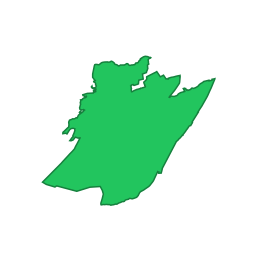 Jiutepec, Morelos, Mexico, rotated 74°
{"feature_id": "50627088B83770147300305", "entity_name": "Jiutepec", "entity_type": "district", "adm_level": 2, "iso_a3": "MEX", "parent_name": "Mexico", "parent_adm1": "Morelos", "projection": "equal_earth", "projection_center": [-99.181, 18.886], "detail": "fine", "context": "isolated", "style": "filled", "palette": "green", "viewbox_px": 256, "rotation_deg": 74, "n_neighbors": 0, "source": "geoboundaries", "source_scale": "gbopen_adm2", "svg_char_len": 5578}
<svg xmlns="http://www.w3.org/2000/svg" viewBox="0 0 256 256"><g transform="rotate(74 128 128)"><path d="M74.2,148.2L74.8,147.5L75.3,147.1L75.7,147.0L76.5,146.9L77.6,147.3L78.0,147.0L78.5,146.9L79.0,147.0L79.5,147.3L79.9,147.8L80.1,148.3L80.2,148.8L80.1,149.8L80.0,150.1L79.6,150.7L79.2,151.0L78.8,151.2L77.8,151.1L78.4,151.9L79.5,151.6L80.1,151.1L80.6,150.3L80.9,148.7L81.5,148.1L81.8,148.1L82.1,148.2L82.2,148.4L82.3,150.8L83.5,151.0L83.5,148.9L84.1,149.0L84.1,149.9L84.3,150.4L84.3,151.4L84.4,151.5L84.8,151.8L83.5,157.6L83.6,162.3L84.4,162.3L84.8,161.4L85.4,161.3L85.7,161.1L86.0,160.3L86.0,160.0L85.8,159.4L86.1,159.2L86.9,159.9L87.0,160.3L87.1,160.9L87.0,162.0L87.0,162.4L87.2,162.9L87.6,163.8L88.1,164.0L87.9,165.8L88.6,165.7L89.0,166.1L89.7,166.4L90.2,166.5L90.6,167.0L92.0,166.9L92.9,167.6L93.3,167.7L95.3,169.0L96.8,169.0L97.0,169.0L97.4,168.5L97.7,167.7L98.0,167.0L98.0,165.6L98.8,164.9L99.0,165.4L99.9,166.7L100.6,168.3L99.5,169.0L99.3,169.0L98.9,168.8L99.2,169.9L99.8,170.5L101.1,169.8L101.5,170.8L101.9,171.9L102.1,172.2L104.3,174.0L103.8,175.0L104.0,175.4L104.4,176.8L104.3,177.3L104.2,178.1L103.9,178.5L104.2,180.1L104.3,181.8L104.4,182.1L106.0,183.4L108.8,183.9L109.8,184.4L110.8,184.7L111.0,185.5L111.2,185.9L113.1,189.5L113.6,190.4L113.8,191.0L114.2,191.7L115.5,192.2L115.7,190.8L115.7,190.1L115.8,189.6L116.0,189.2L116.9,188.3L114.1,185.2L113.4,184.3L113.1,183.6L112.9,182.6L113.1,181.3L113.2,180.7L114.1,179.4L114.3,179.6L115.5,179.6L117.9,181.2L120.2,183.1L120.5,183.2L120.8,183.1L121.3,183.2L121.4,183.3L121.5,183.9L121.7,184.3L123.5,186.6L124.1,187.4L124.6,186.3L124.5,185.2L124.4,184.1L122.3,181.1L124.0,178.7L124.2,176.8L124.3,176.8L129.0,181.2L131.3,183.5L133.4,185.3L135.3,188.3L136.9,191.2L138.1,193.1L141.9,199.4L143.5,201.9L156.5,225.1L159.7,222.1L164.6,214.5L164.0,212.5L174.7,194.7L174.4,180.9L176.6,170.8L180.9,169.9L184.7,169.9L188.9,172.3L192.8,174.8L194.0,175.1L194.5,175.0L194.6,174.6L194.7,173.2L194.7,172.9L195.2,171.7L195.5,169.8L196.2,168.2L196.5,166.9L197.4,165.9L197.5,165.3L197.6,164.1L197.8,162.9L197.7,161.2L197.7,160.9L198.1,159.9L198.1,159.6L198.1,159.2L197.6,157.8L197.5,155.3L197.2,154.4L197.2,154.0L197.5,152.6L197.5,152.0L197.4,151.6L196.7,150.7L196.5,150.3L196.5,149.3L196.6,147.0L196.5,146.8L196.1,146.2L196.2,145.5L197.1,143.8L197.3,143.0L197.1,139.6L196.9,138.6L196.5,138.0L195.8,136.9L193.6,134.9L193.2,134.4L192.8,133.7L192.6,133.1L191.9,130.0L191.0,127.4L190.0,124.3L189.3,122.9L186.4,118.9L185.6,118.0L178.1,111.5L178.4,111.3L178.7,110.5L179.6,111.0L179.9,111.0L180.5,108.5L178.3,107.2L176.5,106.2L176.3,106.2L154.5,85.4L154.4,85.4L153.4,83.2L152.3,81.7L152.3,81.3L150.1,77.8L149.9,77.7L150.1,77.2L149.4,76.8L148.4,75.4L147.0,73.5L146.3,72.8L145.0,71.0L143.1,68.8L142.9,68.3L142.8,68.0L143.0,67.1L141.0,65.0L140.5,64.5L140.2,64.5L139.9,64.7L132.3,56.2L132.1,56.5L130.0,54.2L127.2,50.9L125.7,49.4L120.0,43.6L118.6,42.3L115.0,39.3L113.3,37.8L112.5,37.1L112.4,37.0L106.7,32.5L105.1,31.2L104.5,30.9L104.5,32.1L104.3,33.8L105.2,34.1L105.1,37.1L104.4,37.0L104.2,41.8L104.1,42.0L104.5,43.0L105.2,45.1L105.3,46.0L106.2,47.9L106.7,48.6L107.0,49.0L107.2,49.4L107.7,51.2L108.0,53.1L108.0,54.1L107.4,55.1L107.2,55.5L107.6,56.5L108.0,56.9L108.2,57.2L108.2,58.0L108.4,58.9L108.4,59.9L108.0,59.9L107.7,60.6L107.7,61.3L105.9,61.7L105.9,62.6L105.3,62.8L105.3,64.0L108.5,63.4L108.5,65.3L108.5,67.6L108.6,68.3L109.1,70.1L109.4,70.6L110.0,71.3L110.3,72.1L110.4,74.9L109.6,77.0L109.1,77.9L109.5,78.7L110.1,79.4L109.7,79.9L108.8,78.8L104.8,73.0L102.0,69.6L99.2,66.3L98.1,65.7L93.2,63.8L93.1,64.1L91.8,63.5L91.5,67.4L91.5,70.2L91.2,72.6L91.3,75.6L92.0,75.9L91.1,78.1L90.7,78.1L87.0,79.3L87.7,82.7L87.7,82.8L81.7,84.8L81.9,85.6L82.2,86.6L82.2,87.0L83.9,95.9L84.3,96.1L85.6,96.3L86.3,96.7L87.0,97.6L88.3,100.2L90.1,100.3L90.3,100.1L90.5,100.0L91.1,100.0L91.7,100.2L91.9,100.1L92.5,99.9L93.0,99.9L93.2,100.1L93.4,101.9L93.3,102.5L93.4,103.4L93.4,104.0L93.2,105.0L93.5,105.2L93.6,105.3L93.4,106.4L93.6,108.1L93.3,108.4L93.3,108.5L93.8,112.1L94.3,114.3L94.2,114.4L94.1,114.6L93.9,114.6L92.0,114.3L91.5,114.4L91.4,114.1L91.1,113.8L88.3,113.8L88.3,113.0L88.2,112.9L87.9,112.9L87.6,112.8L87.5,112.1L87.7,110.9L88.3,110.9L88.7,110.5L88.7,108.8L88.6,108.1L88.7,107.5L88.6,106.8L88.5,106.6L88.5,105.8L85.0,104.4L85.2,99.9L80.1,99.2L79.8,95.0L79.2,94.8L77.3,93.3L75.9,92.4L75.1,92.5L74.4,92.2L73.8,92.2L72.8,91.8L72.2,90.4L71.9,90.5L70.8,90.4L69.8,90.1L69.1,90.0L68.0,89.9L67.9,89.8L67.6,89.5L67.0,88.2L66.9,87.8L67.0,87.4L67.0,87.1L66.7,86.7L66.2,87.2L66.2,87.6L65.8,88.4L65.4,88.7L64.8,89.4L63.9,91.4L63.8,92.1L63.9,93.8L64.3,94.9L64.3,95.3L64.7,95.8L64.7,96.3L64.7,96.6L65.1,97.2L65.8,97.2L66.0,97.5L65.9,97.8L66.1,98.2L66.4,98.5L66.6,99.0L66.9,99.4L67.4,99.7L67.9,100.3L68.0,100.9L67.9,101.2L67.9,101.6L67.7,102.3L67.7,102.6L68.0,103.1L68.7,103.6L68.8,103.9L68.9,104.1L68.8,105.1L68.7,105.5L68.7,106.3L68.5,106.7L68.4,107.4L68.4,107.9L68.5,108.3L68.3,108.7L68.2,109.4L67.3,110.0L66.3,110.4L66.1,110.6L65.8,111.4L65.8,111.9L66.1,112.5L66.5,114.5L66.4,114.7L66.0,115.3L65.9,116.5L65.4,117.5L65.5,118.4L65.8,118.9L65.7,120.0L65.2,120.5L64.8,120.7L64.2,121.2L63.9,121.6L63.6,122.3L63.2,122.9L62.5,123.2L61.9,123.2L61.5,123.5L60.3,124.3L59.4,125.2L59.2,125.6L59.2,126.0L59.5,126.9L59.5,128.1L59.1,129.2L58.9,129.3L58.8,129.8L58.6,130.3L58.5,131.0L58.3,131.5L58.1,132.6L57.9,134.0L57.9,135.0L58.1,135.8L58.5,136.9L59.0,137.8L59.2,138.5L59.0,139.0L58.3,140.4L58.0,141.4L57.9,141.9L58.0,142.5L58.9,143.2L66.4,147.1L69.5,148.0L72.4,147.0L73.3,146.4L73.6,147.1L73.7,148.1L73.9,148.1L74.2,148.2Z" fill="#22c55e" stroke="#15803d" stroke-width="1.5"/></g></svg>